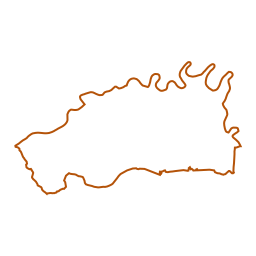 the district of Augustin, Brasov, Romania
{"feature_id": "2599482B66290363520507", "entity_name": "Augustin", "entity_type": "district", "adm_level": 2, "iso_a3": "ROU", "parent_name": "Romania", "parent_adm1": "Brasov", "projection": "equal_earth", "projection_center": [25.536, 46.037], "detail": "fine", "context": "isolated", "style": "outline", "palette": "amber", "viewbox_px": 256, "rotation_deg": 0, "n_neighbors": 0, "source": "geoboundaries", "source_scale": "gbopen_adm2", "svg_char_len": 5721}
<svg xmlns="http://www.w3.org/2000/svg" viewBox="0 0 256 256"><path d="M238.5,131.0L238.0,129.1L237.7,128.3L237.0,127.9L236.2,127.7L233.5,127.6L232.5,127.8L232.0,128.1L231.4,128.4L230.7,129.3L229.0,131.9L228.5,132.5L228.0,132.4L226.6,131.9L226.1,131.5L225.8,131.0L224.9,128.6L224.3,125.6L224.1,123.1L224.4,121.3L227.1,115.3L227.3,114.4L227.3,113.7L227.1,113.2L227.1,112.4L227.0,112.1L226.5,110.1L226.2,109.6L224.4,107.5L223.2,105.3L222.8,103.6L223.5,102.5L224.6,101.0L225.0,100.2L225.7,98.8L226.4,96.6L227.4,93.9L227.7,93.3L228.4,92.2L229.2,91.0L229.4,90.3L229.9,89.0L230.0,88.0L229.9,87.1L229.6,85.7L228.9,83.3L228.7,83.0L228.5,81.5L228.5,80.5L228.7,79.7L229.1,79.2L231.3,77.2L231.7,76.8L232.4,75.7L232.6,75.2L232.6,74.4L232.4,73.7L232.1,73.2L231.4,72.5L231.0,72.2L230.3,72.0L229.4,71.9L228.8,71.9L228.2,72.4L227.0,73.5L226.2,74.4L224.0,76.4L223.5,76.9L222.5,78.1L221.8,79.3L220.8,81.6L219.5,85.4L218.1,87.9L217.5,88.7L217.1,89.2L216.6,89.5L216.0,89.9L215.2,90.2L213.8,90.5L212.7,90.5L208.9,88.1L206.7,85.7L205.9,84.1L205.7,82.3L205.9,80.6L206.4,77.9L207.2,75.9L208.0,74.5L210.3,71.3L211.1,70.5L212.8,69.1L213.4,68.4L214.2,67.3L214.4,66.9L214.5,66.2L214.5,65.7L214.4,65.1L214.2,64.8L213.8,64.5L213.2,64.2L212.4,64.2L211.6,64.5L210.2,65.4L208.3,67.0L207.3,68.1L205.5,70.2L204.8,71.0L203.7,72.0L202.6,73.4L201.2,74.6L198.5,75.3L195.7,76.2L193.0,76.6L192.4,76.6L190.4,76.2L189.0,75.9L188.7,75.7L188.0,75.2L187.0,74.2L186.5,73.6L186.1,72.5L186.1,71.4L186.2,70.2L186.5,69.2L186.9,68.4L187.9,67.2L189.7,65.6L190.3,65.0L190.6,64.5L190.6,64.2L190.7,63.4L190.5,63.0L190.3,62.6L190.0,62.3L189.4,62.1L188.9,62.1L188.5,62.1L187.9,62.4L186.8,63.3L184.5,65.7L181.0,70.5L180.4,71.5L179.8,73.5L179.7,74.4L179.7,75.4L179.9,76.4L180.2,77.2L180.9,78.2L182.0,80.3L184.7,83.7L185.2,84.5L185.4,85.0L185.5,85.5L185.4,85.8L185.0,86.6L184.4,87.1L183.9,87.5L183.3,87.8L182.3,88.1L181.4,88.2L180.8,88.1L179.4,87.5L177.9,86.6L177.2,85.8L176.4,84.9L175.9,84.0L175.1,82.9L174.7,82.4L173.8,81.8L172.8,81.2L172.2,81.1L171.2,81.2L170.2,81.5L169.5,82.0L168.7,82.7L167.9,83.8L167.5,84.8L167.0,88.0L166.8,88.4L166.5,88.9L165.9,89.6L162.8,90.7L161.3,90.8L160.8,90.7L160.0,90.4L158.5,89.3L157.7,88.6L156.9,87.8L156.1,86.5L155.9,85.7L155.8,85.2L156.0,83.8L156.5,82.7L157.0,82.1L158.3,80.6L159.4,79.0L159.5,78.6L159.7,78.0L159.6,77.0L159.4,75.9L159.2,75.4L159.0,75.0L158.3,74.4L157.2,74.1L155.3,74.0L154.3,74.2L153.1,75.0L152.3,75.6L151.5,76.8L151.4,77.1L150.7,79.1L150.1,82.3L149.1,85.4L148.6,86.2L148.3,86.7L147.8,87.0L142.7,85.5L142.0,84.9L140.4,83.1L139.5,81.8L138.9,81.0L136.8,79.2L136.4,79.0L136.2,79.0L134.5,78.5L133.5,78.4L131.8,78.7L130.8,79.1L129.6,79.9L128.5,81.2L128.4,81.3L128.1,81.8L127.1,84.1L126.8,85.3L126.6,85.6L125.4,85.8L123.3,87.2L121.0,88.1L119.0,88.5L117.9,87.8L116.2,86.7L115.0,86.7L113.5,88.0L111.4,90.0L109.2,91.1L106.5,91.6L104.6,92.4L102.6,94.8L101.9,95.0L100.4,95.1L99.4,95.1L98.3,94.8L96.1,93.9L94.3,93.0L92.9,92.4L91.5,92.2L90.6,92.2L89.8,92.4L85.5,93.7L84.3,94.2L82.8,94.6L81.1,95.3L80.5,95.8L80.2,96.2L80.0,96.6L80.0,97.0L80.1,97.6L80.6,99.3L84.6,104.4L81.8,107.0L78.9,109.1L78.0,109.6L76.7,109.9L75.6,110.0L74.3,110.0L71.9,109.7L70.9,109.7L70.1,110.2L69.2,110.9L68.4,112.0L67.4,114.3L67.5,120.1L67.0,121.7L66.1,123.1L65.1,124.3L63.9,125.3L62.8,126.1L61.4,126.9L58.1,128.6L56.5,129.6L55.2,130.3L53.9,131.1L52.0,132.0L49.0,133.0L47.1,133.2L45.6,133.3L43.8,133.2L41.8,133.0L39.7,132.8L37.7,132.7L35.5,132.9L32.7,133.4L31.3,134.1L28.9,135.8L27.8,136.8L26.7,138.1L24.8,139.3L23.0,140.3L21.0,141.8L18.8,143.6L15.4,145.7L15.5,146.7L16.0,147.0L17.1,147.1L18.3,147.7L19.4,148.7L19.5,149.4L19.4,150.1L19.9,150.8L20.7,151.4L21.4,152.9L22.8,156.4L23.4,157.5L24.2,158.3L24.6,159.3L25.0,159.7L26.6,161.6L27.0,163.7L26.1,164.7L26.5,167.3L27.0,167.8L28.5,168.8L30.0,169.3L30.4,169.0L30.9,168.9L31.5,169.7L31.8,170.5L32.7,171.7L33.2,172.9L32.6,175.1L32.0,177.0L32.1,177.7L32.9,178.6L33.2,179.2L33.9,179.7L36.0,181.7L36.5,182.6L37.2,183.7L37.6,184.7L37.7,185.4L38.5,185.8L39.3,186.2L40.3,186.7L41.2,187.2L41.6,187.8L42.1,189.7L42.7,190.3L43.4,191.1L45.4,192.5L46.9,193.9L47.2,193.4L48.5,193.3L49.5,193.1L50.9,193.0L52.1,193.2L54.6,193.1L55.7,192.6L56.4,192.5L57.1,191.4L57.8,191.4L58.7,191.2L59.4,190.5L60.5,189.7L63.0,188.7L64.0,188.9L66.0,186.8L65.2,182.2L64.1,180.5L66.0,175.7L69.0,173.2L70.4,173.8L72.3,174.1L74.6,174.3L76.0,174.7L77.1,175.4L78.6,176.2L80.0,176.3L81.6,176.7L82.7,177.0L83.4,178.1L84.5,180.7L84.9,182.9L85.9,184.3L87.8,185.0L92.0,186.0L94.2,186.8L98.1,187.4L99.6,187.3L103.2,186.8L105.1,186.9L107.1,186.5L109.4,185.6L111.6,184.5L112.7,183.7L117.0,178.3L118.5,176.2L119.5,175.1L120.6,174.0L127.1,170.4L132.8,168.5L136.2,168.3L136.4,168.5L137.1,168.9L138.0,169.1L138.8,169.1L139.6,168.7L144.4,168.9L145.6,169.3L160.0,174.9L160.3,174.1L160.6,173.9L161.0,173.9L161.2,173.5L159.8,172.7L159.8,172.1L160.0,171.6L160.7,171.8L161.3,171.6L161.6,171.8L161.9,171.8L164.0,170.6L164.8,170.4L165.1,170.4L165.6,171.7L166.1,172.0L167.2,172.1L168.1,172.1L170.1,171.7L172.4,171.5L175.1,171.1L183.5,170.1L187.8,170.8L188.4,170.6L188.4,169.9L188.8,169.5L188.8,168.1L189.9,167.2L190.9,169.3L191.8,168.9L192.8,169.7L193.3,170.5L196.8,170.3L196.4,169.4L197.0,169.1L197.8,170.3L209.6,169.7L214.2,170.4L215.0,172.2L217.4,173.2L219.2,173.4L219.7,173.4L221.4,174.2L223.5,174.7L224.3,174.3L225.5,174.1L226.0,173.5L228.8,171.0L229.6,171.0L230.9,172.2L231.9,173.2L232.9,173.3L233.8,172.7L233.9,172.4L233.4,171.8L233.5,169.3L233.6,167.1L234.0,163.2L234.3,158.0L234.5,154.2L234.5,151.3L234.8,149.3L234.9,147.6L236.5,147.5L240.0,146.2L240.6,146.2L240.2,145.3L239.4,143.8L238.4,142.1L235.8,139.6L233.7,137.9L233.0,137.2L232.6,136.5L232.6,136.0L232.8,135.4L233.6,134.7L235.4,133.4L237.3,132.2L238.5,131.0Z" fill="none" stroke="#b45309" stroke-width="2"/></svg>